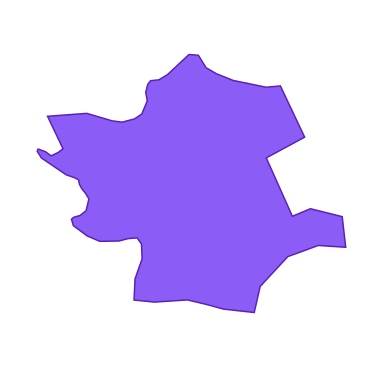 the Municipality of Iecavas, rotated 344°
{"feature_id": "LVA-5736", "entity_name": "Iecavas", "entity_type": "Municipality", "adm_level": 1, "iso_a3": "LVA", "parent_name": "Latvia", "parent_adm1": "", "projection": "mercator", "projection_center": [24.152, 56.602], "detail": "fine", "context": "isolated", "style": "filled", "palette": "violet", "viewbox_px": 384, "rotation_deg": 344, "n_neighbors": 0, "source": "natural_earth", "source_scale": "10m", "svg_char_len": 890}
<svg xmlns="http://www.w3.org/2000/svg" viewBox="0 0 384 384"><g transform="rotate(344 192 192)"><path d="M227.0,59.0L235.8,62.3L239.8,76.4L248.0,85.0L262.3,96.1L292.1,111.7L306.2,114.4L315.4,170.3L272.8,179.7L281.8,243.0L301.2,240.7L329.6,257.1L324.5,287.5L298.6,278.2L266.3,280.5L231.5,301.6L218.6,325.0L190.1,313.3L174.6,303.9L157.9,294.5L125.6,287.5L106.5,279.9L113.3,259.8L125.6,242.5L129.1,228.1L126.6,221.0L117.6,219.2L108.4,219.0L89.7,214.0L79.0,205.2L68.7,191.7L68.6,185.0L71.2,183.7L77.9,183.7L85.0,180.8L91.0,170.2L89.3,164.0L87.0,158.6L85.9,153.5L86.3,149.0L82.8,145.7L75.8,140.8L56.7,117.9L54.4,110.2L55.9,108.3L62.3,112.9L66.5,118.4L74.4,117.1L79.9,114.8L74.0,79.4L112.5,87.4L134.7,101.5L144.1,105.6L156.8,105.9L165.2,103.2L174.1,92.1L175.0,83.4L179.1,76.4L182.9,73.6L191.0,75.0L200.6,72.5L216.0,64.6L227.0,59.0Z" fill="#8b5cf6" stroke="#5b21b6" stroke-width="1.5"/></g></svg>